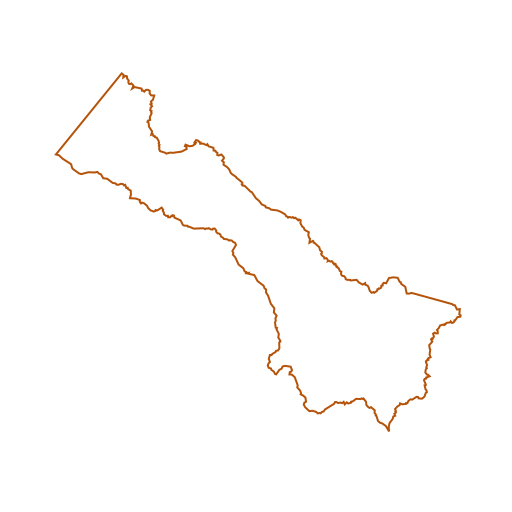 Alto Alegre, Roraima, Brazil, rotated 219°
{"feature_id": "56859067B49514522744018", "entity_name": "Alto Alegre", "entity_type": "district", "adm_level": 2, "iso_a3": "BRA", "parent_name": "Brazil", "parent_adm1": "Roraima", "projection": "mercator", "projection_center": [-62.757, 3.103], "detail": "fine", "context": "isolated", "style": "outline", "palette": "amber", "viewbox_px": 512, "rotation_deg": 219, "n_neighbors": 0, "source": "geoboundaries", "source_scale": "gbopen_adm2", "svg_char_len": 6046}
<svg xmlns="http://www.w3.org/2000/svg" viewBox="0 0 512 512"><g transform="rotate(219 256 256)"><path d="M42.2,203.4L45.3,206.7L47.1,210.2L47.2,215.1L48.3,217.7L47.3,219.5L49.2,220.5L48.8,222.3L49.2,223.0L50.0,223.0L50.2,223.9L51.6,224.5L51.4,228.2L50.5,230.4L51.3,232.1L48.7,233.0L46.4,235.5L46.8,236.1L45.7,236.9L46.3,238.7L46.0,241.1L45.7,241.9L44.2,242.7L42.6,247.6L41.1,248.4L40.0,247.7L37.2,249.6L36.6,252.7L37.9,256.5L37.5,257.7L39.0,258.9L40.2,259.0L43.6,261.6L42.9,262.6L43.5,263.2L47.2,265.1L47.6,266.6L46.6,267.9L47.3,268.6L45.4,271.8L47.6,272.0L48.3,271.4L51.1,272.0L52.7,274.7L52.6,276.3L53.6,276.6L54.4,278.9L57.3,280.6L57.7,281.3L56.8,283.5L57.6,283.3L57.8,285.0L56.6,287.2L59.0,288.5L61.7,293.0L62.6,293.2L65.3,295.7L65.1,300.4L67.5,301.4L67.4,302.8L66.6,302.9L67.0,305.3L69.5,307.1L69.0,308.8L67.8,308.9L66.1,310.3L67.6,312.1L68.8,312.3L68.6,315.1L69.2,317.9L67.7,320.1L66.2,320.9L66.6,321.7L65.8,322.2L65.9,323.9L63.4,326.5L63.6,327.7L61.5,327.3L60.6,329.0L61.2,330.9L60.7,331.1L61.0,335.2L59.0,337.4L59.6,338.7L61.3,338.6L64.2,343.0L66.1,340.9L70.5,342.9L71.9,341.9L72.9,342.2L109.7,326.2L112.2,324.9L113.1,323.3L115.3,321.7L120.6,326.0L125.5,325.7L126.9,326.7L127.9,326.3L132.2,328.2L135.9,325.8L138.8,322.6L137.7,316.7L139.8,315.6L139.9,313.7L139.0,312.8L139.9,311.7L138.8,310.2L139.4,308.5L140.1,308.2L139.9,307.2L140.7,306.6L140.0,305.0L141.0,301.8L142.0,301.9L143.0,300.2L145.6,300.5L148.9,302.6L150.6,303.2L153.0,302.5L154.1,303.6L155.1,300.9L159.6,300.2L162.8,300.8L167.1,296.5L167.8,296.7L170.2,294.8L171.8,294.5L173.0,295.5L174.9,295.8L176.4,294.9L177.7,295.0L178.7,295.6L179.8,297.5L181.5,297.1L183.8,298.5L185.9,298.3L186.2,298.8L186.9,298.3L187.9,299.3L189.7,298.6L190.9,298.9L190.6,299.4L191.7,299.0L193.3,299.8L194.1,299.5L194.5,298.6L196.7,298.0L197.0,297.2L197.4,298.0L199.8,298.7L201.3,297.1L202.1,297.9L205.5,298.0L206.7,298.6L206.6,299.6L207.5,300.8L209.9,300.8L212.3,302.6L218.6,303.0L219.5,302.6L220.7,303.6L221.3,303.6L222.8,299.9L224.9,303.4L226.2,303.6L228.6,305.2L229.9,307.7L234.7,306.9L236.9,308.1L238.5,307.9L242.1,309.4L243.8,311.9L245.6,311.5L245.6,310.3L248.9,310.5L249.7,310.4L250.1,309.4L251.9,309.4L252.4,308.2L254.6,307.4L255.2,306.0L256.1,306.4L257.5,305.9L259.6,306.7L264.1,306.0L268.0,304.9L273.5,301.5L276.0,301.4L279.0,299.9L280.2,300.8L284.0,299.7L288.4,300.8L292.3,300.8L299.4,303.0L300.8,302.6L308.9,303.4L310.9,302.2L311.9,302.6L311.5,303.0L312.9,304.5L320.6,304.5L321.3,304.9L326.4,304.5L328.0,304.7L331.2,306.4L334.5,306.9L338.7,306.5L340.0,308.6L342.4,308.7L342.4,311.8L343.3,312.5L346.8,313.1L348.3,310.6L349.6,310.1L351.0,311.9L352.8,311.7L353.9,312.3L355.3,311.3L357.2,313.3L361.9,311.4L364.1,312.3L364.3,311.0L368.0,310.0L369.9,308.2L370.6,309.3L371.2,308.7L373.2,309.3L375.5,308.4L375.2,305.1L374.5,304.9L373.9,305.7L373.7,304.9L374.6,301.8L376.6,299.5L380.8,298.2L380.3,296.6L378.8,297.2L377.2,295.5L379.6,290.2L385.5,283.9L387.8,282.3L390.2,279.1L391.5,279.1L396.6,277.1L398.6,278.2L399.6,279.9L400.8,280.4L400.9,281.7L402.4,282.1L402.7,283.1L404.4,284.3L407.7,285.5L409.2,284.8L410.1,285.4L411.1,284.7L413.0,285.7L413.7,284.3L415.2,287.5L420.2,289.0L423.6,292.1L424.8,291.9L425.1,293.3L423.9,295.1L425.9,297.0L427.0,301.4L428.2,301.8L428.5,303.0L429.9,302.7L431.2,305.0L431.0,307.0L433.5,307.5L432.9,308.7L434.9,309.9L434.4,312.6L436.1,316.7L438.6,314.8L441.0,315.4L442.5,317.5L444.5,317.2L446.1,315.8L446.3,313.4L447.7,313.6L448.6,312.7L450.3,314.1L456.6,310.9L457.6,308.2L458.5,311.3L461.5,311.7L462.1,310.2L463.0,309.9L464.5,310.6L465.3,312.2L467.8,312.8L469.4,314.4L470.7,313.9L471.5,311.2L472.9,313.4L475.3,313.4L475.4,209.0L472.6,210.3L467.7,209.9L457.4,211.0L454.5,208.8L453.0,208.4L445.6,208.8L443.3,209.7L439.0,215.6L433.9,219.4L432.2,221.5L430.2,221.2L427.9,221.9L423.7,220.3L420.2,222.4L413.4,222.6L410.7,224.1L409.3,223.7L407.8,224.7L406.4,227.1L404.6,228.2L403.0,227.8L402.4,229.0L399.6,227.3L398.7,228.3L397.5,227.5L394.5,228.0L391.9,225.1L390.3,221.6L385.4,225.1L381.4,226.4L380.3,224.9L378.4,224.5L378.2,225.8L376.0,226.5L372.3,226.5L370.1,225.4L366.8,225.1L363.4,226.2L362.4,228.1L362.8,228.6L361.4,229.3L359.8,234.2L357.2,233.5L356.9,232.4L354.8,231.7L353.8,230.5L351.1,230.6L349.8,231.8L348.6,230.8L347.1,232.1L347.2,233.3L346.2,234.1L346.6,235.1L345.2,235.8L343.5,234.5L337.0,236.2L332.5,234.2L331.2,234.3L328.2,236.4L327.3,236.0L326.1,236.8L321.6,238.1L314.3,244.5L312.4,244.9L312.1,246.1L310.6,247.0L310.2,247.9L307.8,248.3L306.4,249.2L306.6,250.2L305.5,251.3L303.1,250.9L302.3,249.8L300.0,249.4L299.2,250.1L297.2,250.3L295.6,249.1L293.0,249.4L291.8,249.0L288.7,250.9L286.5,251.1L286.1,252.0L284.4,252.8L282.7,252.5L280.6,253.1L278.5,252.0L277.5,245.0L275.5,244.1L274.8,242.5L271.3,241.9L264.1,238.4L258.1,238.5L255.1,236.9L253.6,237.4L253.0,236.3L251.2,238.2L251.1,237.3L245.3,240.1L239.1,237.5L231.4,237.7L229.1,236.3L227.0,236.3L225.3,234.0L221.7,232.8L214.4,228.2L208.8,226.9L206.6,223.4L202.4,222.6L201.7,219.8L200.1,218.4L199.3,216.2L195.7,212.8L194.4,213.3L194.0,212.0L189.2,209.8L187.4,206.7L183.9,205.5L183.3,204.8L183.7,204.5L183.3,203.1L179.7,198.9L179.4,196.5L180.8,194.8L180.4,193.5L181.7,190.2L181.6,188.8L182.9,187.8L181.3,184.1L178.5,182.4L178.7,180.6L178.0,178.4L175.8,177.1L173.6,178.0L172.5,177.2L169.4,177.4L167.0,176.3L165.8,176.7L166.2,182.3L165.2,184.5L165.8,186.9L164.3,188.9L159.4,191.8L156.1,189.9L155.9,188.3L156.7,187.1L155.5,185.0L153.5,186.4L149.6,186.2L142.3,181.8L141.2,179.8L137.0,179.2L134.6,177.7L134.2,176.6L131.7,177.2L128.5,177.1L125.4,174.2L126.1,172.4L125.3,170.5L122.5,169.4L116.9,169.0L114.8,171.2L111.2,172.7L108.9,172.6L107.9,173.9L106.8,174.4L106.6,176.4L105.6,177.6L105.8,180.2L102.3,190.3L102.6,192.3L101.4,193.2L99.7,193.3L98.3,195.1L96.6,195.7L96.1,197.8L93.7,196.5L93.3,199.4L91.5,199.4L89.8,201.9L90.4,202.6L89.3,204.0L88.3,208.0L84.6,210.7L84.2,211.9L82.8,212.2L82.7,212.9L78.9,212.0L76.3,209.6L73.3,209.2L72.0,209.5L71.5,210.9L66.6,210.8L65.0,208.6L63.1,208.3L62.6,207.4L61.7,207.5L57.4,204.6L54.9,204.4L52.8,205.3L48.1,205.6L42.2,203.4Z" fill="none" stroke="#b45309" stroke-width="2"/></g></svg>